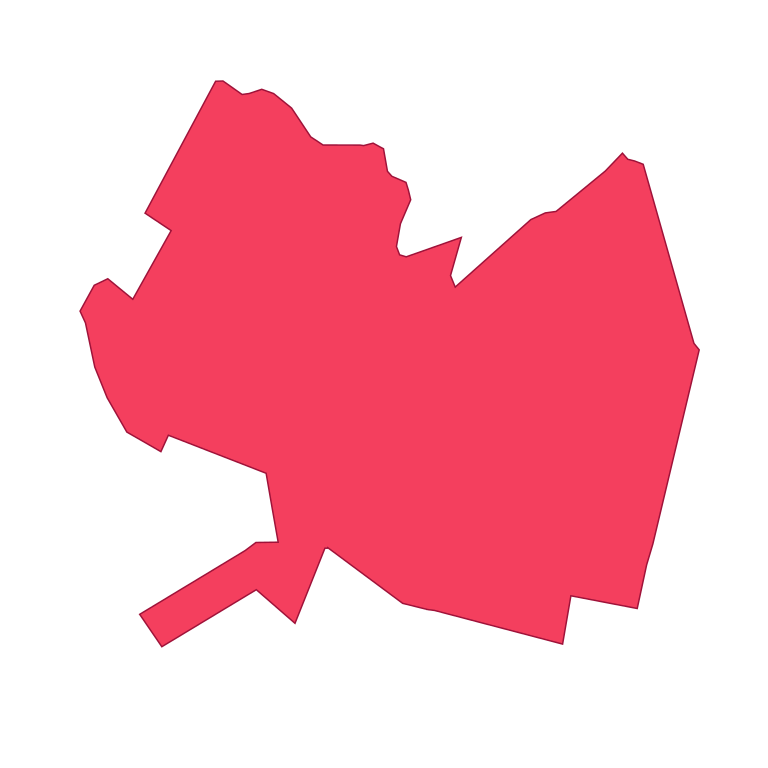 the district of Ruwa, Mashonaland East, Zimbabwe, rotated 96°
{"feature_id": "62879985B71976011533530", "entity_name": "Ruwa", "entity_type": "district", "adm_level": 2, "iso_a3": "ZWE", "parent_name": "Zimbabwe", "parent_adm1": "Mashonaland East", "projection": "robinson", "projection_center": [31.224, -17.887], "detail": "fine", "context": "isolated", "style": "filled", "palette": "rose", "viewbox_px": 768, "rotation_deg": 96, "n_neighbors": 0, "source": "geoboundaries", "source_scale": "gbopen_adm2", "svg_char_len": 1149}
<svg xmlns="http://www.w3.org/2000/svg" viewBox="0 0 768 768"><g transform="rotate(96 384 384)"><path d="M100.5,583.1L239.1,639.5L253.7,611.7L326.0,642.7L308.2,669.7L316.1,682.5L343.3,693.9L354.4,687.3L397.4,673.4L426.6,657.9L458.7,634.7L474.6,598.8L457.5,593.1L483.4,498.1L485.1,491.9L520.7,481.8L552.4,472.7L555.0,494.8L564.1,504.6L638.6,602.9L668.5,577.5L601.9,489.5L631.3,447.5L553.5,425.6L553.2,423.1L552.6,422.9L600.2,342.5L603.4,319.5L603.4,318.8L603.7,318.1L603.7,317.4L603.7,316.7L603.8,316.1L603.8,314.0L603.9,311.3L603.9,310.9L603.9,310.2L624.0,179.2L575.1,176.0L580.8,108.7L536.4,103.9L515.0,99.9L317.1,74.1L313.8,77.4L311.2,80.0L138.4,149.2L136.0,158.1L135.0,165.2L134.5,165.6L129.5,171.0L149.1,186.2L194.4,230.9L197.0,241.5L205.1,255.1L277.4,320.8L280.2,323.3L269.2,329.2L230.1,322.4L255.2,375.2L253.9,382.0L246.0,386.0L222.9,384.4L198.0,376.7L188.7,380.0L181.2,383.2L176.6,397.9L172.1,402.8L150.1,409.1L148.7,412.6L145.6,420.0L149.0,429.1L149.0,430.1L148.9,432.7L152.7,469.6L145.9,482.7L119.3,504.7L106.7,524.1L103.7,536.4L109.2,548.5L110.9,555.4L99.5,575.8L100.5,583.1Z" fill="#f43f5e" stroke="#9f1239" stroke-width="1.5"/></g></svg>